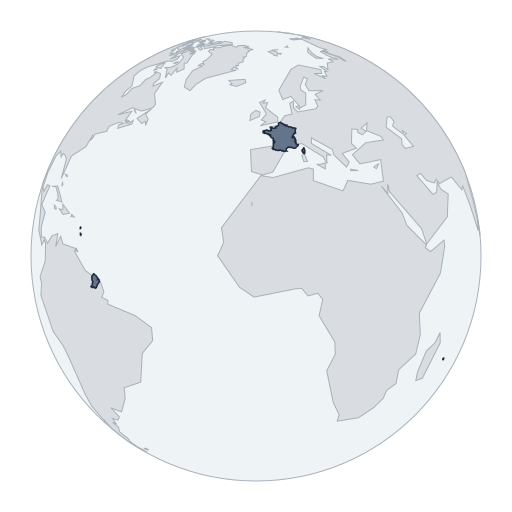 globe centered on France
{"feature_id": "FRA", "entity_name": "France", "entity_type": "country or territory", "adm_level": 0, "iso_a3": "FRA", "parent_name": "Europe", "parent_adm1": "", "projection": "orthographic", "projection_center": [-7.471, 14.864], "detail": "fine", "context": "on_globe", "style": "filled", "palette": "slate", "viewbox_px": 512, "rotation_deg": 0, "n_neighbors": 0, "source": "natural_earth", "source_scale": "50m", "svg_char_len": 14103}
<svg xmlns="http://www.w3.org/2000/svg" viewBox="0 0 512 512"><circle cx="256" cy="256" r="225" fill="#eef3f6" stroke="#a8b0b8"/><path d="M205.3,36.5L193.0,39.8L191.3,40.9L171.1,50.6L175.4,49.3L170.5,53.1L173.7,53.2L169.1,55.7L175.6,53.8L179.3,51.6L183.4,50.2L185.6,50.3L180.1,53.2L178.1,53.6L177.7,54.5L173.9,56.0L177.0,55.3L170.1,59.2L180.2,55.7L177.3,59.1L171.8,61.6L168.2,60.9L146.6,67.3L139.9,70.9L134.1,76.0L131.8,86.0L126.1,90.6L121.4,97.2L126.4,94.5L131.8,88.5L140.0,85.7L145.6,79.5L149.8,77.7L157.3,72.1L160.5,73.7L159.6,78.5L153.6,83.5L153.0,86.1L162.4,82.3L154.6,93.4L155.4,104.5L152.9,107.7L141.6,111.1L132.6,107.7L117.9,114.8L131.8,111.3L125.3,120.5L126.1,122.8L129.0,123.3L133.2,120.4L131.9,124.1L117.7,128.3L118.6,124.9L123.2,123.4L118.8,122.3L109.2,126.3L106.7,131.3L94.8,134.2L92.8,138.0L89.1,141.2L93.0,134.7L85.8,146.8L71.4,156.1L61.2,178.6L66.4,159.3L65.3,155.4L63.1,153.5L61.2,157.0L60.7,151.2L56.0,156.0L47.8,172.5L42.9,187.2L44.0,191.3L47.3,184.7L49.9,185.8L41.7,204.6L45.2,212.2L41.2,227.5L41.3,237.0L44.6,237.2L47.6,243.4L51.8,235.9L57.8,233.6L55.7,246.5L60.7,236.2L62.8,243.9L76.0,248.6L74.4,251.1L85.2,270.5L100.4,281.6L103.9,292.0L101.7,297.3L107.8,300.4L107.9,304.2L135.1,315.6L151.5,327.6L152.7,340.6L142.3,353.3L140.7,382.1L124.2,387.7L125.2,398.5L121.5,411.9L110.8,407.7L119.4,416.9L117.9,420.1L112.5,418.4L116.3,423.8L112.5,422.4L118.5,427.1L119.6,431.8L127.8,438.3L130.5,441.9L136.0,445.7L134.4,444.9L134.5,445.3L137.0,447.0L128.6,441.7L117.9,433.7L114.8,430.7L112.4,429.1L104.9,420.7L105.1,421.7L91.8,406.2L85.1,394.1L67.6,354.6L62.8,345.2L53.2,331.5L40.9,295.3L41.6,283.6L40.1,276.5L45.2,261.4L45.6,243.4L44.2,239.8L41.8,245.0L38.8,230.1L40.1,215.7L42.5,184.0L48.3,168.6L55.2,153.8L63.2,139.5L72.2,125.8L82.1,112.7L93.0,100.5L104.7,89.0L117.3,78.5L130.5,68.9L144.5,60.3L159.0,52.7L174.0,46.2L189.5,40.8L205.3,36.5ZM57.7,186.0L61.9,201.9L56.5,200.4L58.1,198.9L57.7,193.1L55.8,186.6L51.9,186.4L57.7,186.0ZM66.3,176.0L65.3,174.2L66.7,175.0L66.3,176.0ZM155.0,71.7L156.1,71.9L154.1,72.8L155.0,71.7ZM157.2,69.2L154.1,70.2L154.7,69.2L156.6,68.6L157.2,69.2ZM160.8,68.4L156.1,67.3L157.2,65.6L165.3,62.3L160.8,68.4ZM179.5,50.9L175.7,53.2L176.8,51.4L179.5,50.9ZM179.2,50.1L176.7,47.6L183.4,44.7L182.9,45.9L189.9,42.6L194.4,42.4L191.5,44.2L186.3,45.9L192.0,44.6L179.2,50.1ZM185.1,49.6L184.0,49.1L189.7,46.5L193.0,47.0L190.1,47.6L185.1,49.6ZM189.5,42.1L194.4,40.5L199.3,39.8L201.9,39.2L195.1,42.2L189.5,42.1ZM189.9,48.3L194.5,47.4L193.8,48.8L186.6,49.9L189.9,48.3ZM189.9,45.7L192.7,44.6L192.2,45.3L189.9,45.7ZM194.0,54.1L192.5,53.2L195.4,51.7L194.0,54.1ZM196.2,47.0L196.5,46.5L197.4,45.9L200.2,45.7L196.2,47.0ZM199.0,41.7L200.1,41.9L202.1,40.4L205.9,40.1L200.6,42.3L204.5,41.3L205.7,41.2L200.1,43.1L199.0,41.7ZM205.9,43.9L200.6,47.2L202.7,49.0L200.2,50.3L197.3,47.2L205.9,43.9ZM203.0,43.2L204.3,43.8L200.5,44.9L197.4,45.2L203.0,43.2ZM210.4,39.3L205.9,39.1L207.2,38.7L210.4,39.3ZM207.3,44.1L208.5,43.4L207.9,44.1L207.3,44.1ZM210.2,40.4L208.5,40.3L210.0,39.8L210.2,40.4ZM212.5,42.1L210.8,43.1L208.6,43.2L212.5,42.1ZM212.1,41.2L214.6,40.5L208.8,42.6L211.0,41.2L212.1,41.2ZM212.0,40.0L212.3,39.7L212.5,40.1L212.0,40.0ZM221.9,41.6L215.2,44.2L210.3,44.2L217.5,41.6L221.9,41.6ZM145.1,451.7L130.6,443.1L137.6,447.4L136.2,446.0L146.1,451.6L145.1,451.7ZM143.8,448.4L145.9,448.3L148.3,449.5L147.3,449.9L143.8,448.4ZM293.5,33.9L293.4,33.9L291.3,33.5L290.3,33.4L293.5,33.9ZM463.7,168.7L465.0,172.0L472.5,198.5L477.4,219.5L478.3,230.8L469.9,204.7L462.7,186.0L461.8,189.7L451.4,177.0L439.7,183.5L436.1,179.2L434.3,183.0L426.7,180.5L420.5,173.4L416.7,175.6L432.9,194.3L436.7,192.2L437.1,182.0L441.1,189.4L448.2,194.0L447.3,216.8L426.7,243.9L421.5,228.6L389.3,191.4L388.5,186.4L388.2,185.9L387.6,185.0L387.9,193.4L381.3,186.1L402.0,212.8L406.8,225.3L426.5,245.0L425.4,247.9L430.8,251.5L444.0,240.1L444.8,245.5L440.5,272.9L419.3,313.3L420.3,334.7L415.7,353.9L398.6,369.9L396.0,383.6L386.6,390.4L383.3,398.2L373.5,407.8L358.5,417.7L337.3,421.2L339.1,414.6L333.3,402.6L326.7,370.8L335.3,354.1L334.8,341.9L319.1,315.7L322.8,299.4L317.8,293.3L307.9,295.9L301.8,288.4L295.5,288.8L254.0,297.1L239.5,287.2L217.6,255.7L223.7,242.6L221.5,227.7L260.9,175.6L273.0,177.6L308.3,167.8L313.4,169.1L313.3,180.6L343.0,190.9L347.8,180.4L370.7,184.2L383.4,181.2L380.7,159.6L359.9,163.9L352.4,154.7L365.8,142.7L383.3,140.0L380.9,136.4L366.5,130.6L367.1,123.0L361.1,128.1L366.1,131.2L362.4,134.8L357.6,132.3L358.0,129.5L351.8,129.0L351.5,143.5L356.5,148.1L342.2,153.4L349.2,162.0L346.5,167.1L333.7,154.7L332.4,149.5L311.4,137.8L311.5,143.5L331.3,155.3L326.7,154.8L327.0,163.7L323.1,156.7L301.4,143.4L286.2,148.8L272.8,172.1L262.7,174.9L251.5,171.6L250.5,149.6L273.2,146.0L273.1,139.2L263.5,130.6L271.2,130.5L270.0,126.9L278.1,125.5L284.5,115.8L292.0,114.0L289.7,103.3L293.3,101.2L293.6,107.9L297.8,112.0L315.8,108.8L317.8,106.1L314.9,99.7L320.2,100.1L315.1,94.4L323.1,90.6L309.1,90.8L305.3,84.5L307.5,78.9L303.7,77.1L300.1,86.3L301.0,90.1L305.7,93.1L305.8,104.9L300.7,107.6L291.0,96.4L282.7,99.5L278.8,90.3L290.9,69.4L298.3,65.0L320.7,69.6L321.8,73.5L314.2,73.5L325.6,78.7L322.5,75.7L327.0,76.4L324.4,71.3L327.4,71.6L319.9,66.6L323.3,66.4L328.0,69.6L327.2,63.0L333.0,61.9L331.3,60.4L328.0,59.0L337.6,59.2L335.9,58.1L332.1,57.6L326.5,55.2L320.1,51.4L323.8,51.6L326.6,53.0L337.9,56.8L344.7,61.1L345.6,60.9L340.5,57.3L326.7,52.6L321.9,50.3L328.4,51.9L325.6,51.1L324.4,50.1L326.5,49.5L319.4,47.6L300.6,38.7L302.9,37.5L310.8,39.4L301.5,35.7L304.9,36.1L301.4,35.4L298.2,34.7L313.6,38.2L328.8,42.8L343.6,48.4L357.9,55.1L371.8,62.8L385.1,71.4L397.7,80.9L409.7,91.3L420.9,102.5L431.3,114.5L440.8,127.1L449.4,140.4L457.0,154.3L463.7,168.7ZM251.9,201.6L251.8,206.1L251.9,201.6ZM405.2,148.4L413.5,146.4L404.1,135.1L406.5,133.6L402.4,130.6L403.4,134.3L392.5,126.0L394.0,121.4L390.1,116.6L387.1,117.1L386.0,127.2L401.6,138.8L402.1,144.5L405.2,148.4ZM76.5,248.6L77.8,251.6L75.5,250.9L76.5,248.6ZM54.3,205.1L55.9,206.5L56.2,209.1L54.7,208.9L54.3,205.1ZM71.7,214.5L74.3,216.9L70.9,216.6L71.7,214.5ZM62.9,204.2L69.5,213.2L63.1,214.4L59.2,208.9L62.8,209.6L62.9,204.2ZM62.4,182.6L63.0,184.2L61.8,186.3L62.4,182.6ZM67.3,176.6L66.8,176.5L67.1,174.3L67.3,176.6ZM126.2,120.2L127.3,120.0L129.6,121.3L127.1,122.3L126.2,120.2ZM148.1,119.3L145.5,125.4L145.6,121.4L141.7,123.5L137.1,118.3L151.4,109.1L145.7,114.0L148.1,119.3ZM134.9,109.7L136.2,113.5L134.2,109.8L134.9,109.7ZM255.8,110.4L260.1,112.1L259.4,116.4L249.9,120.5L250.9,114.1L255.8,110.4ZM266.5,113.8L259.5,102.5L265.1,100.1L263.2,103.2L267.6,102.7L265.6,107.8L277.7,117.2L277.8,121.8L260.3,125.8L265.9,121.7L261.3,120.0L266.5,113.8ZM231.9,83.8L229.0,80.5L245.0,79.3L245.9,82.6L236.5,86.4L229.9,84.8L231.9,83.8ZM176.0,63.3L173.9,63.3L175.4,62.3L178.5,61.6L176.0,63.3ZM193.1,53.8L187.0,62.9L184.3,63.2L184.0,69.0L176.7,72.2L177.0,68.1L171.2,75.3L168.6,73.0L165.4,78.0L167.1,68.7L164.5,67.4L170.2,67.5L177.0,64.5L179.2,62.8L183.5,57.4L181.4,53.8L187.8,50.9L193.0,49.8L194.5,50.2L189.8,51.8L195.2,51.2L189.6,54.0L193.1,53.8ZM249.4,47.1L243.4,47.4L253.2,49.5L247.6,51.1L249.1,51.2L246.7,53.5L246.3,56.6L243.2,57.1L244.4,58.2L242.8,59.9L243.4,61.7L238.1,63.4L238.4,65.8L235.6,65.3L237.6,69.1L233.7,67.1L231.3,69.6L236.3,70.2L205.9,78.2L196.2,84.2L190.1,90.6L184.3,87.1L186.3,79.3L192.6,70.7L202.9,65.9L198.4,65.6L202.0,63.3L204.0,64.5L203.0,61.4L206.5,60.0L212.1,54.3L208.5,51.4L210.5,49.5L213.7,50.0L213.4,47.9L220.7,47.6L222.3,46.4L231.1,45.2L236.3,47.3L237.7,45.8L244.4,45.3L249.4,47.1ZM224.4,41.3L231.9,42.6L232.5,44.4L216.9,45.8L214.5,46.9L204.5,48.6L203.8,46.2L206.7,45.8L209.4,45.0L208.5,46.1L211.2,44.7L215.3,44.3L218.5,43.2L220.1,43.8L224.4,41.3ZM316.7,164.3L320.2,164.3L325.1,163.0L325.4,168.9L316.7,164.3ZM301.8,155.3L304.6,154.2L307.5,161.3L303.8,161.6L301.8,155.3ZM303.8,147.9L304.6,153.6L302.0,150.7L303.8,147.9ZM295.9,106.8L298.6,105.6L299.9,107.0L299.5,109.5L295.9,106.8ZM277.4,56.0L273.8,55.3L274.0,54.6L268.4,51.7L272.1,50.6L276.9,52.0L277.4,56.0ZM378.6,163.9L376.4,168.7L373.8,167.1L375.1,165.8L378.6,163.9ZM350.7,169.1L358.2,170.5L350.7,170.7L350.7,169.1ZM280.5,54.3L277.7,53.2L281.3,53.4L280.5,54.3ZM274.5,49.8L278.2,49.7L271.9,50.2L274.5,49.8ZM440.2,342.8L422.4,378.2L415.8,380.6L417.6,371.7L426.3,351.0L435.0,342.8L440.1,332.5L440.2,342.8ZM477.8,221.2L479.8,232.3L479.9,235.5L477.8,221.2ZM307.9,47.9L311.6,52.7L316.7,56.5L323.4,58.5L315.6,58.1L307.7,52.3L307.9,47.9ZM301.1,39.6L295.2,38.4L296.6,38.1L298.2,38.3L301.1,39.6ZM298.4,39.5L293.4,39.9L289.3,38.8L294.1,38.6L298.4,39.5ZM287.2,45.9L288.0,47.3L285.2,47.0L287.2,45.9ZM290.8,33.4L287.8,33.0L287.5,32.9L290.8,33.4ZM279.2,31.9L281.6,32.3L277.5,31.8L279.2,31.9ZM287.4,33.3L281.9,32.3L289.3,33.5L287.4,33.3Z" fill="#d9dde1" stroke="#a8b0b8" stroke-width="1"/><path d="M295.5,132.9L295.3,133.0L295.1,133.3L294.6,133.5L294.4,133.3L294.2,133.3L293.9,133.6L294.1,133.8L293.5,134.9L293.0,135.2L293.0,135.8L292.5,136.3L292.3,136.9L292.3,137.0L292.5,137.1L292.5,137.5L292.2,137.7L292.3,137.9L292.6,137.9L292.9,137.7L293.0,137.5L292.8,137.3L293.0,137.0L293.3,136.9L293.7,136.9L294.2,136.9L294.3,137.2L294.4,137.4L294.4,137.7L295.0,138.2L295.2,138.5L294.7,138.9L294.7,139.1L294.8,139.2L295.0,139.4L295.5,139.9L295.9,140.2L295.9,140.8L295.6,140.9L295.3,141.2L294.9,141.2L294.7,141.3L294.8,141.4L295.0,141.6L295.2,141.9L295.4,142.0L295.7,142.1L295.9,142.2L296.1,142.6L295.9,142.7L295.7,143.3L295.9,143.6L296.0,143.9L296.2,144.0L297.3,144.5L298.1,144.3L298.3,144.6L298.3,144.8L297.9,145.4L298.0,145.7L297.9,145.8L297.7,145.7L297.7,145.8L297.2,146.1L296.5,146.9L296.1,147.2L296.0,147.6L295.8,147.8L295.1,148.1L294.7,148.3L294.4,148.2L293.8,148.3L293.4,148.0L292.6,147.9L292.3,147.5L291.7,147.5L291.5,147.2L291.1,147.3L290.9,147.4L290.8,147.5L290.6,147.5L289.1,147.2L288.8,147.0L288.6,146.9L288.2,147.0L287.9,147.4L286.6,148.4L286.1,149.3L286.1,149.6L286.4,150.5L286.8,151.0L286.1,150.9L285.9,151.0L285.4,151.2L285.3,151.4L283.9,151.2L283.5,151.4L283.4,151.4L283.2,151.2L282.5,150.9L282.5,150.6L281.8,150.5L281.7,150.7L281.4,150.3L281.0,150.3L279.7,149.9L279.4,149.9L279.3,150.4L278.3,150.4L278.1,150.4L277.4,150.5L276.6,150.0L275.8,150.2L275.3,149.7L274.8,149.7L274.1,149.4L273.7,149.3L273.7,149.2L273.5,149.4L273.2,149.4L273.3,149.0L273.3,148.7L273.1,148.6L272.4,148.5L272.2,148.3L272.2,148.2L272.6,148.0L273.0,147.6L273.3,146.0L273.4,144.2L273.6,143.8L273.8,143.7L273.6,143.5L273.4,143.8L273.4,142.1L273.6,140.8L274.3,141.3L274.5,141.6L274.8,142.3L275.2,142.6L275.1,142.4L274.9,142.3L274.6,141.3L274.4,141.0L274.1,140.8L273.2,140.2L273.4,140.0L273.6,140.1L273.4,139.5L273.1,138.2L272.5,138.1L271.4,137.6L270.9,137.0L270.5,136.6L270.4,136.4L270.6,135.9L270.4,135.6L270.1,135.5L270.3,135.1L270.5,135.1L271.3,135.3L270.6,135.0L269.6,135.1L269.2,135.0L269.1,134.8L269.4,134.5L269.2,134.3L268.5,134.3L268.4,134.3L268.5,134.0L268.4,134.0L267.9,134.1L267.7,134.0L267.4,133.8L267.1,133.8L266.9,133.7L266.6,133.7L265.4,133.3L265.0,133.3L264.6,133.4L264.3,133.4L264.2,133.2L264.0,132.9L263.3,132.7L263.5,132.5L264.1,132.4L264.2,132.2L263.7,132.0L263.6,131.9L264.0,131.8L264.4,131.8L264.3,131.7L264.0,131.6L263.2,131.6L263.1,131.3L263.2,131.0L263.6,130.8L264.8,130.5L265.4,130.5L265.7,130.4L266.2,130.3L266.3,130.1L267.0,130.0L267.6,130.1L268.2,130.8L268.4,131.0L269.0,130.6L270.0,130.6L270.2,130.8L270.4,130.4L270.6,130.5L271.8,130.5L271.5,130.4L271.3,130.0L271.1,128.7L270.8,128.4L270.4,127.8L270.3,127.5L270.3,127.2L270.9,127.2L271.5,127.1L271.8,127.2L271.8,127.4L271.9,127.8L272.2,128.1L272.6,128.1L273.1,128.2L273.8,128.2L274.7,128.3L275.1,128.2L275.4,127.9L276.1,127.8L276.1,127.7L275.7,127.7L275.3,127.6L275.3,127.4L275.4,127.0L276.4,126.4L277.2,126.2L277.9,125.9L278.3,125.6L278.5,125.2L278.6,124.9L278.4,123.5L278.5,123.3L278.6,123.1L279.1,122.7L280.4,122.4L280.6,122.3L280.8,122.7L280.8,122.9L280.9,123.0L281.3,123.4L281.5,123.5L282.1,123.2L282.4,123.4L282.5,123.6L282.7,124.0L282.8,124.1L283.5,124.1L283.8,124.6L284.0,124.5L284.5,124.5L285.1,124.8L285.0,125.1L285.2,125.3L285.1,125.6L285.3,125.7L285.7,125.7L286.2,125.7L286.4,125.5L286.5,125.2L286.8,125.1L286.8,125.6L286.9,125.8L287.1,126.2L287.4,126.2L287.8,126.3L288.2,126.5L288.9,127.0L289.5,126.8L290.1,127.1L290.5,126.9L291.0,127.0L291.3,127.0L291.5,127.2L291.6,127.4L292.2,127.9L292.3,127.9L292.5,127.7L292.8,127.8L292.9,128.0L293.1,127.9L293.3,128.0L293.9,127.8L294.2,128.0L294.4,128.1L295.4,128.2L295.8,128.3L295.9,128.6L295.3,129.4L295.2,130.6L295.1,131.0L295.1,131.3L295.2,131.5L295.3,131.8L295.2,132.3L295.3,132.6L295.4,132.8L295.5,132.9ZM91.0,286.4L91.3,286.2L91.6,286.1L92.2,284.9L92.3,284.2L92.2,283.6L92.8,282.6L92.9,282.1L92.8,281.9L92.7,281.9L92.6,281.3L92.2,280.7L92.0,280.0L92.0,279.7L91.9,279.4L91.8,278.3L91.9,277.9L91.9,277.5L91.8,277.2L91.8,276.6L91.9,276.2L92.3,275.7L92.6,275.3L93.0,275.0L93.3,274.0L93.6,273.7L93.8,273.7L94.8,274.9L95.3,275.1L96.2,275.8L96.6,276.5L97.4,277.7L97.8,278.1L97.8,278.3L97.7,278.7L98.0,278.4L98.4,279.1L98.6,280.0L98.5,280.6L98.7,280.3L98.7,280.0L98.9,279.6L99.0,279.6L99.1,279.9L99.4,281.3L99.4,281.9L99.1,282.1L98.9,282.5L98.4,283.1L98.3,283.3L97.8,284.2L97.6,284.5L97.3,284.8L97.3,285.0L97.2,285.3L97.1,285.8L96.9,285.9L96.6,286.7L96.6,287.0L96.2,287.7L95.7,287.9L95.6,288.1L95.3,288.2L94.7,287.9L94.5,287.3L94.0,287.5L93.4,287.1L93.3,286.9L92.3,287.6L91.8,287.3L91.5,287.0L91.2,286.8L91.2,286.6L91.0,286.4ZM304.2,148.6L304.2,149.1L304.5,149.5L304.9,150.9L304.6,151.7L304.8,152.3L304.8,152.5L304.7,152.7L304.6,153.3L304.5,153.6L303.5,153.2L303.2,153.0L303.4,152.6L302.9,152.4L302.8,152.2L302.8,151.8L302.5,151.8L302.4,151.7L302.6,151.4L302.6,151.2L302.2,151.0L302.1,150.8L302.2,150.7L302.3,150.6L302.2,150.4L302.1,150.1L302.3,149.6L302.5,149.4L303.1,149.2L303.3,148.9L303.7,149.0L303.8,149.0L303.8,148.8L303.7,148.6L303.7,148.2L303.7,147.9L303.8,147.9L304.0,148.0L304.2,148.6ZM443.4,359.4L443.1,359.7L442.8,359.6L442.8,359.4L442.8,359.0L443.1,358.4L443.4,358.1L443.7,358.1L443.7,358.7L443.4,359.4ZM81.0,234.9L80.9,235.1L80.8,234.9L80.4,234.8L80.4,234.6L80.7,234.3L80.5,234.2L80.4,234.0L80.4,233.4L80.4,233.2L80.5,233.2L81.0,233.8L80.9,234.1L81.0,234.4L81.0,234.9ZM80.5,228.5L80.3,228.6L80.2,228.2L80.4,227.2L80.5,227.1L80.7,227.3L80.9,227.5L80.6,228.4L80.5,228.5Z" fill="#64748b" stroke="#1e293b" stroke-width="1.5"/></svg>